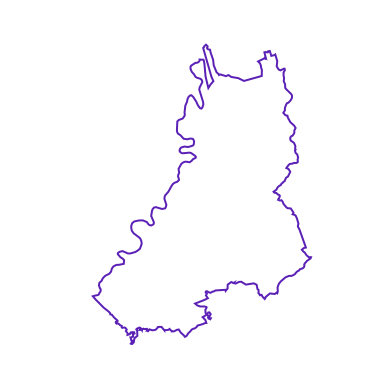 the district of Balteni, Gorj, Romania, rotated 71°
{"feature_id": "2599482B88811296912065", "entity_name": "Balteni", "entity_type": "district", "adm_level": 2, "iso_a3": "ROU", "parent_name": "Romania", "parent_adm1": "Gorj", "projection": "orthographic", "projection_center": [23.271, 44.874], "detail": "fine", "context": "isolated", "style": "outline", "palette": "violet", "viewbox_px": 384, "rotation_deg": 71, "n_neighbors": 0, "source": "geoboundaries", "source_scale": "gbopen_adm2", "svg_char_len": 6017}
<svg xmlns="http://www.w3.org/2000/svg" viewBox="0 0 384 384"><g transform="rotate(71 192 192)"><path d="M258.3,319.7L262.3,318.1L272.7,313.1L278.0,309.7L279.7,308.9L281.1,309.1L281.8,307.8L285.4,306.5L289.3,304.3L289.7,304.3L290.0,306.3L290.7,306.6L291.4,306.4L291.9,306.1L291.5,305.4L292.2,305.0L292.5,304.4L294.4,303.4L295.9,302.0L297.0,302.5L297.7,302.2L298.2,299.8L299.0,299.1L300.8,298.5L301.9,299.8L304.9,298.8L306.1,299.5L306.2,297.1L305.0,295.9L305.2,295.5L304.9,295.2L305.0,294.5L305.7,294.6L306.1,294.2L306.2,293.3L305.6,292.9L305.7,292.4L307.1,292.4L307.1,294.0L307.4,294.3L309.5,294.6L309.5,296.1L309.8,296.8L309.5,297.5L312.2,297.7L313.2,296.8L314.2,298.0L314.9,298.1L315.5,299.2L315.9,298.8L316.2,298.1L315.1,295.9L311.7,294.2L310.2,290.5L305.0,288.9L304.2,289.3L304.1,288.7L303.3,288.7L303.1,285.8L303.6,285.1L304.2,285.0L305.4,286.3L305.8,284.8L305.5,284.3L306.4,284.2L305.6,283.7L305.4,282.5L306.1,281.8L306.7,279.1L307.2,278.9L308.4,279.9L308.5,279.4L309.3,278.9L308.1,276.8L309.8,274.6L310.3,272.6L310.4,271.3L309.4,269.1L308.6,268.4L308.8,267.1L309.7,264.7L313.8,263.2L313.5,263.1L314.2,261.5L314.6,259.3L314.2,257.8L315.0,257.7L317.0,256.1L317.3,256.3L317.9,254.2L317.4,251.3L317.7,249.3L321.3,248.4L324.7,246.5L326.7,245.8L326.2,243.8L324.3,241.5L323.3,239.1L322.0,237.1L321.7,235.5L321.9,234.3L321.4,232.1L320.1,230.2L320.4,225.3L320.2,222.2L320.5,221.1L317.5,221.0L313.8,222.7L312.9,218.2L313.2,217.4L314.7,216.7L315.7,217.7L317.0,217.6L318.3,216.2L317.5,215.3L316.9,216.6L316.2,217.0L313.6,214.1L311.5,214.7L311.2,215.8L312.5,217.7L311.0,218.6L307.9,217.8L306.0,215.8L305.4,215.8L304.2,217.7L302.9,221.5L301.0,223.9L298.5,225.4L298.1,215.4L297.6,211.6L294.3,212.5L293.1,211.1L291.4,211.8L290.6,211.3L290.7,210.2L291.2,209.6L291.9,209.3L293.3,207.4L292.9,204.8L293.1,203.3L292.7,202.0L295.4,192.1L296.4,192.3L294.9,189.8L291.2,188.4L289.9,184.2L291.5,182.5L291.4,181.8L291.7,182.2L292.8,180.5L292.3,176.9L292.9,174.6L297.1,171.2L298.5,163.3L300.7,161.1L305.1,161.7L306.1,161.0L307.6,161.3L309.0,162.1L310.0,161.8L310.2,161.5L311.7,161.4L311.9,159.7L313.9,159.4L316.8,158.1L315.8,156.8L315.2,156.5L313.3,151.3L315.4,146.9L314.7,144.9L315.5,144.4L314.3,143.4L310.0,142.1L307.2,139.9L305.4,137.1L303.1,131.3L302.9,127.6L303.7,125.1L303.6,123.6L303.2,121.5L302.7,120.6L302.2,120.2L301.4,118.4L301.0,116.2L300.2,115.3L300.2,112.2L299.5,110.6L298.3,109.7L297.3,109.6L296.3,108.7L294.5,105.5L293.4,101.5L292.4,100.7L292.0,101.7L292.2,102.3L292.0,102.6L289.1,104.3L285.7,105.2L284.8,106.0L282.3,106.9L281.4,104.5L281.6,102.4L262.4,102.6L259.3,103.1L258.1,102.7L256.8,101.7L251.4,101.4L248.5,101.6L247.3,102.2L245.8,104.1L245.0,102.9L244.1,102.8L239.7,104.0L238.4,106.9L237.5,107.6L233.3,109.3L230.4,109.5L228.9,110.1L228.7,111.6L227.4,113.1L226.6,112.4L226.1,111.5L224.3,110.2L223.4,110.4L222.3,111.6L220.4,112.6L219.4,114.4L218.3,114.8L217.3,111.5L215.3,109.3L214.5,107.1L214.4,105.9L213.2,104.6L213.0,103.6L212.2,102.3L211.9,100.9L209.2,98.5L208.6,96.2L208.1,95.7L204.9,92.5L201.6,93.3L200.1,95.0L199.8,94.7L197.7,91.5L197.4,90.4L197.4,89.7L197.9,88.0L197.7,86.1L198.5,84.1L198.4,82.9L198.1,82.2L195.5,81.5L193.8,80.4L190.6,80.3L189.0,81.2L188.1,81.3L186.2,81.1L185.6,80.2L184.7,80.4L182.2,79.3L179.4,79.5L178.7,79.6L175.5,81.9L173.5,81.8L172.1,80.9L171.5,79.6L171.5,78.6L169.6,76.1L167.1,75.2L165.2,73.2L162.5,73.8L158.0,76.3L152.5,77.2L150.9,76.9L149.8,78.7L146.9,79.9L145.1,77.6L142.8,76.8L140.2,74.7L139.0,73.4L138.9,71.6L137.5,69.0L135.6,66.9L133.7,66.1L132.0,66.2L124.7,69.8L123.8,69.9L120.3,68.9L117.1,69.2L114.2,67.8L112.1,67.6L108.8,66.5L107.0,64.5L105.6,64.3L105.3,64.8L105.8,68.7L104.4,70.2L100.7,71.0L96.1,68.8L89.1,68.5L89.4,69.3L89.1,72.7L84.0,72.5L83.8,74.3L84.5,74.5L84.6,75.0L83.5,77.2L83.5,78.1L89.7,78.6L88.9,79.2L89.7,79.6L89.2,80.2L90.1,87.0L92.3,85.9L95.0,85.7L96.0,86.1L99.4,86.2L105.0,88.3L103.9,106.7L99.3,111.3L96.1,117.3L93.3,119.5L93.5,122.2L90.0,127.0L90.2,128.4L89.1,128.5L86.7,129.8L79.2,130.2L74.0,129.0L66.1,129.0L63.4,128.6L62.4,130.2L61.6,130.8L60.7,130.9L59.8,129.9L59.1,129.9L57.3,130.8L58.1,132.8L58.9,133.5L59.4,134.5L60.6,134.6L89.2,136.1L94.2,135.7L96.4,139.5L99.0,142.7L87.4,141.6L74.7,138.5L72.0,138.1L70.7,138.1L69.2,141.7L70.3,142.0L71.1,143.2L71.5,145.0L71.0,146.8L72.3,151.8L73.1,152.6L75.1,153.3L78.2,153.1L81.6,151.7L84.2,151.2L85.3,150.4L87.8,147.1L89.6,146.2L91.4,146.4L95.6,150.7L97.5,151.8L110.6,152.2L112.8,152.7L115.5,154.7L116.2,155.9L115.4,157.1L111.9,158.2L107.6,158.6L102.5,159.9L100.3,161.1L100.1,162.3L100.9,164.2L102.8,166.1L104.9,167.2L108.2,170.2L114.2,173.1L116.8,173.7L117.9,174.6L119.5,176.9L119.6,181.0L120.5,182.9L129.1,186.3L130.6,186.5L132.3,186.2L134.6,184.4L138.9,182.6L140.6,179.3L140.9,176.3L141.6,174.6L142.4,173.7L144.7,173.5L147.5,174.8L148.3,175.8L148.4,178.2L148.2,181.0L146.6,184.3L146.4,187.5L147.0,189.0L148.6,190.2L149.8,190.4L151.5,189.4L152.3,188.4L154.0,181.4L154.8,180.2L158.8,177.3L160.1,176.9L160.7,177.2L161.1,178.7L161.2,180.2L162.5,182.4L163.1,184.6L161.4,187.7L161.1,189.0L161.2,190.9L161.9,192.9L165.8,197.2L169.7,197.9L171.4,199.5L172.7,200.1L175.7,200.2L176.5,200.5L177.5,202.6L177.6,205.5L178.1,207.2L179.4,209.1L184.0,214.2L186.5,218.5L187.2,219.2L189.5,220.3L195.8,220.4L197.9,221.8L198.6,222.6L198.7,223.4L198.2,226.0L194.5,231.2L194.4,233.1L195.3,234.7L196.7,235.9L201.4,238.4L208.1,237.9L209.4,238.4L210.0,239.1L210.4,241.3L209.6,242.8L208.3,243.7L205.7,244.5L202.9,247.6L201.7,251.2L201.1,255.5L201.2,256.6L202.0,258.7L204.2,260.4L205.9,261.1L209.1,261.5L212.1,260.6L218.2,256.5L219.6,256.0L222.4,255.9L224.7,256.5L228.6,259.6L229.7,262.4L230.3,265.2L230.0,270.5L229.3,272.5L225.3,276.9L225.0,279.3L225.4,281.6L226.1,282.3L226.9,282.3L230.6,280.8L232.3,279.3L234.3,278.4L237.7,279.9L237.1,284.6L236.3,287.3L236.8,290.5L238.4,292.8L241.0,294.5L242.4,296.9L242.9,301.0L243.6,302.7L244.8,304.7L246.7,306.6L247.6,309.0L249.9,310.4L253.1,310.4L254.1,310.0L255.2,310.3L256.6,311.2L257.3,312.4L258.6,313.6L258.8,314.6L258.4,317.1L258.3,319.7Z" fill="none" stroke="#5b21b6" stroke-width="2"/></g></svg>